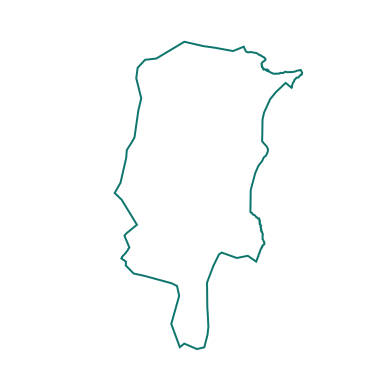 Shine-Ider, Hövsgöl, Mongolia (Robinson projection), rotated 104°
{"feature_id": "93677404B2181699947628", "entity_name": "Shine-Ider", "entity_type": "district", "adm_level": 2, "iso_a3": "MNG", "parent_name": "Mongolia", "parent_adm1": "Hövsgöl", "projection": "robinson", "projection_center": [99.405, 49.039], "detail": "fine", "context": "isolated", "style": "outline", "palette": "teal", "viewbox_px": 384, "rotation_deg": 104, "n_neighbors": 0, "source": "geoboundaries", "source_scale": "gbopen_adm2", "svg_char_len": 5426}
<svg xmlns="http://www.w3.org/2000/svg" viewBox="0 0 384 384"><g transform="rotate(104 192 192)"><path d="M45.8,152.6L45.1,153.0L44.5,153.8L44.2,154.4L43.9,154.7L43.8,155.2L43.8,155.8L43.7,156.2L43.3,156.7L43.3,157.1L43.3,157.6L42.9,158.0L42.7,158.4L42.7,158.9L42.8,159.4L42.8,160.0L42.5,160.4L42.2,160.8L42.2,161.0L42.1,161.5L41.8,162.0L41.6,163.2L41.7,165.0L41.8,165.9L41.9,166.7L41.9,167.4L41.8,168.1L41.9,168.6L42.3,169.7L42.8,170.8L42.9,171.6L42.9,172.3L42.8,173.1L42.5,173.6L41.0,175.0L38.5,177.0L45.3,186.3L46.5,204.9L47.7,216.2L48.1,235.8L71.1,258.9L75.1,269.5L84.6,274.8L95.1,273.6L113.4,263.9L125.7,263.8L153.0,261.0L157.4,262.2L167.1,265.4L174.8,264.1L200.3,263.6L211.7,266.8L216.5,258.4L237.1,237.5L247.8,245.5L250.7,247.0L261.1,239.3L261.8,239.7L262.7,240.0L264.7,240.5L265.0,240.6L265.6,241.0L266.0,241.2L266.5,241.4L267.0,241.4L268.1,242.1L268.4,242.3L269.3,242.7L270.5,243.5L271.5,244.0L272.2,244.3L272.7,244.1L273.0,244.0L273.3,244.1L273.6,244.3L275.5,239.3L279.4,238.4L285.2,228.9L284.9,218.6L285.5,189.7L286.8,183.8L295.9,179.3L318.5,180.0L325.0,180.2L345.5,166.3L341.0,162.8L343.2,149.2L339.7,142.5L326.7,142.4L318.8,143.5L308.2,146.7L300.4,149.2L276.2,155.5L258.6,153.4L246.0,150.7L243.6,148.5L245.2,132.6L240.4,122.4L244.0,112.9L238.8,112.3L238.4,112.1L238.0,112.0L237.7,112.0L236.9,112.2L236.5,112.3L236.1,112.1L235.2,111.9L234.8,111.7L234.4,111.7L234.0,111.8L233.5,111.8L232.8,111.6L232.5,111.5L231.6,111.6L231.3,111.6L230.4,111.2L230.1,111.2L229.4,111.1L229.0,111.0L228.9,110.7L228.5,110.6L228.3,110.7L228.1,110.8L227.9,110.9L227.7,110.8L227.5,110.7L227.3,110.6L227.1,110.6L226.8,110.5L226.8,110.3L226.6,110.1L226.4,109.9L226.2,109.9L226.0,109.7L225.8,109.6L225.6,109.6L225.4,109.5L225.1,109.3L224.9,109.2L224.6,109.4L224.3,109.5L224.0,109.4L223.7,109.5L223.4,109.6L223.2,109.7L223.0,110.2L222.8,110.3L222.6,110.5L222.0,110.8L221.6,111.1L221.3,111.3L220.9,111.8L220.5,112.2L220.2,112.3L219.8,112.3L219.1,112.4L217.9,112.8L217.3,113.0L217.0,113.0L216.7,112.9L216.2,112.9L215.4,113.4L214.9,113.9L214.0,114.1L213.8,114.3L213.8,114.9L213.7,115.0L213.0,115.4L212.9,115.5L212.8,115.4L212.6,115.3L212.3,115.6L212.1,115.7L211.8,115.6L211.5,115.7L211.5,115.8L211.4,116.1L211.0,116.2L210.9,116.2L210.7,116.2L210.4,116.3L210.3,116.5L210.0,116.8L209.8,116.8L209.6,116.9L209.2,116.7L208.9,116.7L208.8,116.8L208.8,117.0L208.7,117.1L208.5,116.9L208.3,116.9L208.1,116.9L208.0,117.1L208.0,117.3L208.0,117.5L207.9,117.5L207.5,117.3L207.4,117.4L207.1,117.7L206.8,117.8L206.8,118.0L206.8,118.3L206.8,118.5L206.6,118.6L206.3,118.8L206.0,118.8L205.7,118.8L205.2,118.7L205.1,118.8L204.8,118.9L204.5,118.9L204.4,119.0L204.3,119.3L204.2,119.4L204.1,119.5L204.0,119.4L203.9,119.2L203.7,119.1L203.5,119.3L203.6,119.5L203.4,119.7L203.1,119.7L202.9,119.8L202.4,119.8L202.0,120.1L201.5,120.4L201.4,120.5L201.5,120.7L201.7,120.8L201.8,120.9L201.8,121.4L201.8,121.6L201.5,122.0L201.0,122.4L200.9,122.6L200.9,122.9L200.9,123.1L201.0,123.2L201.0,123.4L200.0,124.6L199.5,125.2L199.4,125.5L199.4,125.8L199.3,126.0L199.3,126.3L199.3,126.7L199.2,127.1L199.1,127.4L198.7,127.9L198.2,128.3L197.9,128.7L197.8,128.8L197.7,129.1L197.8,129.6L197.7,129.7L197.6,129.8L197.5,130.2L197.2,130.5L175.9,135.5L158.2,135.2L150.5,133.9L145.3,131.6L143.4,131.1L141.7,130.9L140.4,130.3L138.9,129.0L137.1,128.7L135.2,128.3L132.8,128.4L132.2,128.7L131.4,129.2L129.9,130.4L127.3,134.2L125.7,136.3L120.1,137.5L104.7,141.1L97.5,141.3L82.9,138.6L74.7,134.7L67.8,130.3L63.5,127.5L66.8,120.6L66.4,120.4L66.0,120.4L65.6,120.4L64.9,120.6L64.5,120.7L63.9,120.6L63.4,120.5L63.0,120.5L62.8,120.6L62.3,120.6L62.1,120.6L61.6,120.5L60.6,120.0L59.7,119.7L59.3,119.7L58.8,119.7L58.3,119.7L57.8,119.2L57.5,119.0L56.9,118.9L56.3,118.4L56.0,118.3L55.8,118.2L55.7,118.0L55.7,117.7L55.4,117.3L55.3,117.2L55.3,116.7L55.0,116.3L54.2,116.1L52.5,115.2L52.1,115.0L51.9,114.9L52.0,114.4L51.9,114.2L51.7,114.0L51.3,113.9L51.0,113.9L49.7,114.0L49.3,114.2L48.8,114.7L48.0,115.4L47.5,115.7L47.4,115.8L47.3,116.0L47.5,116.6L48.2,117.6L48.2,117.9L48.5,118.7L48.7,119.0L48.9,119.5L49.9,120.7L51.2,123.3L51.7,124.9L51.8,125.3L51.9,125.7L52.0,126.5L52.2,126.9L52.3,127.2L52.5,127.8L52.7,128.7L52.8,129.2L52.8,129.6L52.7,129.8L52.7,130.2L52.7,130.5L52.8,130.8L53.0,131.0L53.8,131.7L54.0,131.9L54.3,132.0L54.5,132.3L54.6,132.6L54.7,133.1L54.7,133.5L54.8,134.6L55.1,135.0L55.3,135.1L55.5,135.2L55.6,135.5L55.6,135.8L55.7,136.0L56.0,136.2L56.1,136.5L56.3,136.9L56.5,137.9L56.6,138.1L56.7,138.4L56.8,138.7L56.8,139.1L57.0,139.4L57.2,139.7L57.3,141.2L57.5,142.0L57.5,142.4L57.4,142.6L57.3,142.8L57.3,143.3L57.2,143.4L57.2,143.5L57.1,143.8L57.1,144.3L56.9,144.9L56.7,145.3L56.6,145.9L56.6,146.2L56.6,146.4L56.5,146.7L56.3,146.8L56.1,146.8L55.9,146.9L55.8,147.0L55.6,147.3L55.3,147.5L55.2,147.9L55.4,148.1L55.5,148.1L55.8,148.2L56.1,148.1L56.3,148.1L56.3,148.4L56.2,148.4L55.8,148.6L55.7,148.8L55.4,148.8L55.1,148.7L55.0,148.9L55.1,149.2L55.2,149.6L55.5,149.7L55.7,149.8L55.9,149.9L55.9,150.0L55.7,150.2L55.4,150.3L55.3,150.8L55.3,151.3L55.5,151.6L55.8,151.9L55.7,152.0L55.3,152.0L55.3,152.3L55.4,152.6L54.9,152.7L54.7,152.8L54.4,153.4L54.0,153.6L53.9,153.7L53.9,153.9L53.9,154.1L53.9,154.3L53.3,154.5L52.8,154.4L52.6,154.5L52.6,154.8L52.1,154.8L51.9,154.8L51.6,155.1L51.3,155.2L51.2,155.4L51.1,155.5L50.9,155.5L50.4,155.6L49.6,155.3L49.1,155.1L48.4,154.6L47.8,153.9L47.4,153.7L47.1,153.5L46.9,153.3L46.8,153.1L46.6,153.0L46.0,152.7L45.8,152.6Z" fill="none" stroke="#0f766e" stroke-width="2"/></g></svg>